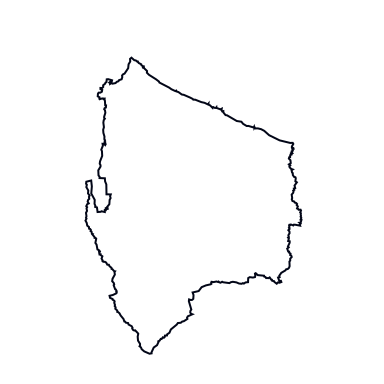 Tabanan, Bali, Indonesia (orthographic projection), rotated 165°
{"feature_id": "22746128B4646422714630", "entity_name": "Tabanan", "entity_type": "district", "adm_level": 2, "iso_a3": "IDN", "parent_name": "Indonesia", "parent_adm1": "Bali", "projection": "orthographic", "projection_center": [115.097, -8.439], "detail": "fine", "context": "isolated", "style": "outline", "palette": "ink", "viewbox_px": 384, "rotation_deg": 165, "n_neighbors": 0, "source": "geoboundaries", "source_scale": "gbopen_adm2", "svg_char_len": 5967}
<svg xmlns="http://www.w3.org/2000/svg" viewBox="0 0 384 384"><g transform="rotate(165 192 192)"><path d="M279.4,50.4L274.9,46.8L272.8,46.6L272.6,47.6L269.2,51.7L265.4,53.1L263.1,55.9L263.2,56.5L261.8,56.8L260.2,58.2L259.4,57.9L257.7,59.2L256.9,58.5L255.8,59.1L255.3,60.3L253.3,59.9L252.9,60.9L250.2,61.9L248.0,64.7L241.0,67.9L239.6,69.1L236.7,68.6L235.0,69.4L233.4,69.3L229.3,70.6L229.3,71.9L228.2,73.0L223.3,73.8L224.4,74.6L224.9,76.0L224.3,77.6L223.1,78.6L223.3,87.4L222.6,89.0L221.0,87.9L219.6,87.8L218.4,88.5L217.2,92.1L217.4,94.8L211.2,94.6L207.3,97.6L202.7,98.2L197.8,98.0L197.0,98.3L197.0,99.4L196.4,100.2L194.5,99.4L191.5,99.2L190.1,98.3L189.5,98.6L188.9,97.6L187.9,97.0L186.1,97.5L185.4,96.8L179.4,94.3L177.9,94.8L175.8,94.7L172.5,93.2L170.2,91.4L167.8,90.5L166.4,90.8L165.6,90.1L163.7,90.8L161.2,90.4L160.0,94.3L158.3,94.8L155.3,93.6L153.2,93.5L152.5,94.8L152.3,96.9L151.5,97.1L150.0,94.7L144.1,92.5L144.2,91.7L143.0,90.8L142.7,89.7L140.3,89.0L139.1,89.4L138.1,86.7L137.5,86.5L137.5,85.5L135.8,84.6L135.7,83.8L133.9,81.5L132.6,82.4L130.9,81.7L129.0,81.9L129.1,83.2L130.7,83.5L131.0,87.1L129.4,87.1L129.4,88.5L126.7,90.8L122.1,92.1L121.0,93.0L119.5,92.8L117.9,93.7L116.9,95.1L115.9,99.6L114.9,100.3L114.4,102.2L112.5,103.4L112.6,104.9L113.5,105.8L112.8,107.0L113.9,108.3L113.6,109.3L114.5,109.7L114.7,112.7L112.9,113.5L113.4,114.6L110.8,117.7L110.4,119.1L111.8,119.8L110.5,121.9L111.0,123.1L110.1,123.4L110.1,125.3L108.4,127.0L108.1,128.7L108.8,130.2L107.3,131.1L107.6,132.3L107.1,132.5L106.9,134.3L106.1,134.5L106.2,135.1L104.9,135.0L102.8,133.5L102.1,134.1L100.8,133.7L96.3,131.5L96.4,132.7L95.3,133.3L96.1,134.5L94.9,134.4L93.5,136.7L94.3,137.2L93.1,138.7L93.5,140.0L92.9,140.6L92.8,142.3L92.3,143.3L92.8,144.3L91.5,145.8L91.7,146.8L93.6,147.3L93.9,148.2L94.8,148.9L93.5,150.7L94.3,152.4L93.6,153.2L94.2,154.4L95.5,155.2L95.7,156.3L97.3,157.3L97.5,159.2L96.8,160.2L96.4,163.7L94.5,165.0L93.8,166.2L93.9,167.2L92.6,167.6L92.7,169.0L91.3,169.1L91.3,171.7L88.2,174.2L89.4,175.5L88.2,178.5L88.3,179.5L89.5,180.2L90.2,182.3L89.8,184.2L90.3,184.9L90.2,187.3L88.9,187.7L90.2,188.6L91.3,190.5L91.3,191.7L90.3,192.2L91.2,193.6L89.3,194.1L89.1,194.6L88.7,197.2L89.8,199.2L89.1,200.4L88.2,200.3L87.6,202.2L86.2,202.4L86.4,203.5L85.1,203.5L85.6,204.7L84.9,205.0L85.0,205.6L83.9,205.9L84.0,207.4L82.7,207.4L82.7,208.2L84.0,209.2L83.7,210.2L81.7,212.2L82.0,213.4L84.5,214.0L94.0,219.2L102.8,226.9L106.4,232.4L109.0,234.8L111.9,236.4L114.4,237.0L114.8,238.0L114.5,238.9L115.3,238.0L115.2,238.9L115.6,238.5L116.3,238.7L120.4,241.2L122.1,241.6L125.0,244.6L126.1,247.1L130.4,249.0L138.3,257.0L139.7,257.6L141.1,260.7L140.8,262.0L141.9,262.0L142.3,263.4L141.7,264.8L143.2,264.5L146.6,266.9L146.5,267.5L147.2,267.0L148.7,267.6L149.4,268.5L150.3,268.7L150.5,268.2L152.1,271.0L153.6,272.2L153.3,273.0L154.0,272.5L156.8,274.9L159.7,276.4L165.1,280.4L166.9,280.9L167.2,281.7L169.4,283.7L174.8,288.0L176.6,288.8L179.2,292.0L180.9,293.1L181.0,294.0L182.0,293.8L185.3,296.6L187.0,298.7L195.2,306.2L195.3,307.2L197.6,310.2L203.2,316.3L204.7,318.9L204.1,320.5L206.3,324.1L206.2,324.7L206.7,324.7L206.3,325.7L207.0,325.7L206.8,326.3L208.0,327.4L208.0,328.5L210.1,330.4L210.6,332.1L211.1,332.0L212.3,333.7L213.6,334.2L215.7,337.4L217.4,336.6L217.9,334.0L220.2,331.8L221.6,328.1L226.5,323.8L228.2,323.5L229.4,322.6L229.6,321.0L230.8,319.1L233.6,318.9L234.4,318.0L236.1,317.9L237.7,317.0L240.7,317.2L241.5,318.0L243.1,317.6L242.9,318.2L243.6,319.1L242.4,319.7L241.9,319.5L242.0,318.8L241.2,319.0L240.3,320.6L243.8,322.7L245.2,322.9L246.2,320.3L247.3,320.0L247.9,319.1L250.2,318.1L250.6,316.4L251.9,315.7L253.5,316.2L253.8,315.0L252.3,313.9L253.1,312.2L254.8,311.7L256.5,312.1L257.4,311.3L258.3,308.8L256.8,307.4L257.3,305.9L258.0,305.5L254.5,305.6L252.4,304.9L253.1,304.2L252.5,303.7L252.5,302.7L253.4,298.2L252.6,297.9L253.3,295.9L254.7,295.6L255.4,294.7L254.9,293.4L255.2,290.9L257.4,287.4L257.7,286.3L257.2,285.4L258.7,284.2L259.7,281.9L260.3,277.4L261.7,275.1L262.3,272.0L262.2,268.3L263.0,265.7L262.6,264.5L263.2,263.8L262.9,262.8L263.6,262.5L263.0,260.6L263.7,259.8L264.5,261.2L265.9,261.7L266.1,259.8L268.7,256.3L268.4,254.8L269.4,250.1L272.9,245.4L273.8,243.2L273.4,241.6L273.8,240.2L276.9,237.2L278.0,232.2L277.3,230.5L277.7,229.4L272.6,227.8L273.2,224.8L272.8,221.5L275.2,211.9L271.1,210.7L272.2,209.1L272.2,207.2L273.6,205.7L275.0,201.6L277.9,199.5L277.7,198.6L278.9,198.7L278.4,197.6L279.8,197.8L280.0,196.8L280.9,197.1L281.4,195.2L284.4,196.8L285.3,196.5L288.4,197.1L287.8,201.7L289.4,202.7L288.9,203.7L289.2,205.8L288.0,209.6L289.7,216.6L287.3,223.3L286.4,229.2L291.4,229.3L292.2,227.4L291.7,226.2L292.8,224.1L291.8,220.3L292.8,217.5L291.8,215.1L292.8,214.0L293.0,212.0L294.4,211.2L295.3,209.7L294.7,207.7L296.3,207.4L297.8,205.7L297.2,204.5L298.1,203.5L298.3,200.9L299.8,199.3L300.2,195.9L301.1,194.5L300.8,193.6L302.3,191.9L301.7,189.5L301.9,186.6L300.6,184.9L300.9,183.2L300.0,182.7L299.5,181.5L300.1,180.5L299.3,179.7L299.5,177.6L298.8,177.1L299.2,176.8L297.8,173.7L298.0,172.9L297.0,172.5L296.6,171.7L298.5,167.8L297.8,165.9L298.2,161.0L297.1,160.1L297.2,158.9L296.5,158.9L296.3,158.3L297.4,157.2L297.5,155.6L296.4,155.5L296.5,154.7L295.2,153.1L296.6,151.1L296.0,149.0L296.4,148.6L295.8,147.6L294.2,147.1L293.2,146.1L292.6,143.7L291.1,143.2L290.9,141.7L289.4,139.6L289.6,138.5L288.9,138.1L287.7,135.7L286.9,135.3L287.6,134.7L287.9,132.2L291.2,128.8L292.2,126.5L291.1,124.3L291.1,122.8L291.8,122.3L291.4,118.0L290.9,117.7L290.4,115.7L291.0,115.3L290.8,114.2L291.4,113.7L295.1,113.0L298.5,113.1L298.6,111.0L296.4,109.2L296.5,108.5L295.2,107.1L295.1,106.1L295.8,105.1L295.6,102.8L296.2,101.8L295.6,100.4L296.3,99.1L294.9,96.9L295.2,95.5L294.5,95.2L293.4,93.5L292.9,91.2L291.0,87.0L290.9,84.5L290.2,84.2L289.7,82.9L287.6,81.9L287.6,80.4L285.0,78.0L284.6,76.2L285.1,75.6L284.6,74.0L283.6,73.1L282.7,73.1L280.9,69.8L280.6,69.0L281.9,66.4L282.6,62.4L281.5,58.8L281.9,57.2L282.6,56.6L281.5,55.1L281.3,53.2L279.4,50.4Z" fill="none" stroke="#020617" stroke-width="2"/></g></svg>